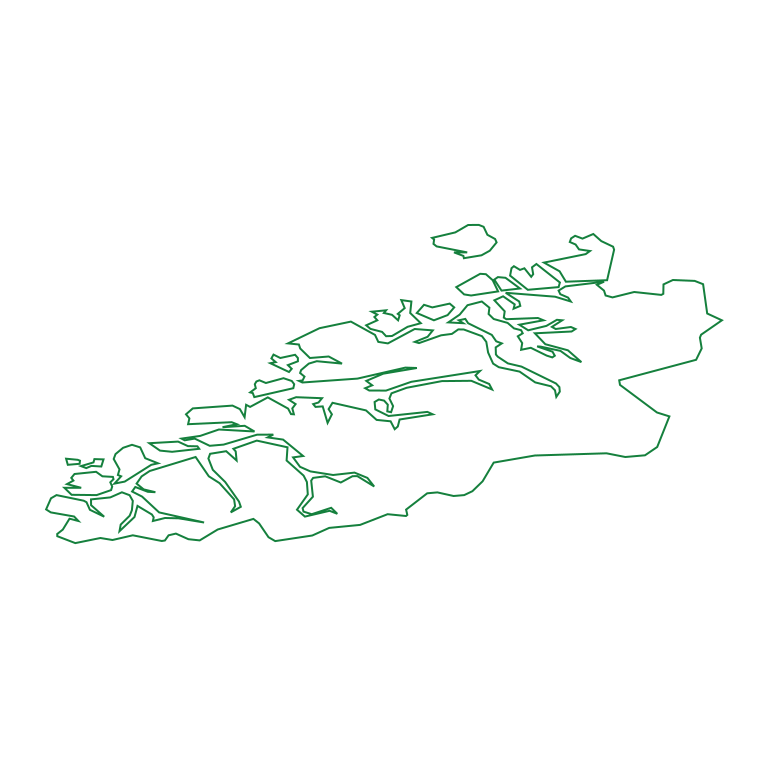 the border of Møre og Romsdal
{"feature_id": "NOR-910", "entity_name": "Møre og Romsdal", "entity_type": "County", "adm_level": 1, "iso_a3": "NOR", "parent_name": "Norway", "parent_adm1": "", "projection": "robinson", "projection_center": [7.305, 62.718], "detail": "fine", "context": "isolated", "style": "outline", "palette": "green", "viewbox_px": 768, "rotation_deg": 0, "n_neighbors": 0, "source": "natural_earth", "source_scale": "10m", "svg_char_len": 6103}
<svg xmlns="http://www.w3.org/2000/svg" viewBox="0 0 768 768"><path d="M57.2,534.0L62.8,529.6L69.5,518.7L78.4,521.0L74.1,516.5L50.8,512.4L46.1,509.4L51.0,498.3L56.5,495.1L83.7,500.7L86.5,502.2L89.9,509.8L104.2,516.7L91.1,505.2L91.0,499.4L110.3,497.4L121.9,492.3L129.6,495.2L132.8,500.9L131.9,510.2L129.7,515.7L120.7,524.6L119.5,531.2L134.5,517.0L137.5,505.9L151.9,514.5L153.7,517.3L152.9,521.0L165.0,518.0L178.5,518.3L204.1,522.5L159.1,512.4L142.1,496.6L132.1,491.5L135.3,487.0L147.8,491.8L155.4,492.2L143.7,489.4L136.6,483.6L141.6,476.4L149.7,471.0L195.6,457.0L208.8,476.3L219.5,483.1L234.1,499.4L235.1,506.2L230.8,512.4L240.8,506.8L239.0,501.6L225.2,482.0L212.8,469.8L208.4,458.5L210.1,453.8L226.2,451.2L236.6,460.5L235.7,451.4L233.4,448.8L256.8,440.6L287.5,447.3L286.6,460.5L303.6,475.6L306.9,482.0L307.8,494.4L297.0,509.7L304.9,516.6L329.6,510.8L337.3,513.8L331.2,507.8L311.7,514.2L303.5,511.6L302.6,508.1L312.9,496.7L311.2,480.6L313.1,477.9L325.2,476.3L340.8,482.5L352.5,476.2L357.3,476.1L374.2,486.5L367.4,477.9L354.5,472.6L333.1,475.0L310.4,471.4L300.0,466.8L293.1,457.4L303.1,456.0L283.1,439.6L267.7,437.4L273.3,434.6L257.0,434.7L223.6,444.6L209.7,445.8L194.7,438.6L184.7,440.3L181.5,438.6L200.2,435.9L218.9,429.5L254.5,431.5L244.7,425.8L222.5,427.2L236.8,424.2L231.7,422.2L188.1,424.2L189.4,418.4L186.0,414.3L192.8,408.4L232.5,405.6L239.9,409.1L244.6,417.2L246.1,404.8L250.1,406.9L267.8,397.4L288.1,408.6L291.0,414.1L293.9,414.3L292.3,408.4L295.6,404.1L289.0,399.8L296.1,397.2L322.0,398.2L318.5,402.5L313.2,404.1L315.5,406.9L322.7,406.4L327.6,422.9L331.9,414.3L328.6,409.1L332.5,402.8L366.0,410.4L376.6,419.9L390.6,421.3L394.7,429.2L397.8,426.5L399.6,419.5L432.7,414.3L427.4,411.9L388.6,416.0L375.3,409.4L374.6,402.0L378.8,399.5L384.1,400.6L387.8,404.7L387.3,411.4L391.1,412.2L393.1,406.1L389.4,398.5L391.5,393.3L406.6,387.8L441.9,381.1L471.3,380.8L492.1,389.5L489.2,384.0L478.8,379.6L475.5,375.3L480.0,371.0L411.3,381.8L386.0,390.6L369.2,390.5L365.2,388.2L372.2,385.3L366.3,380.9L383.2,373.7L416.9,368.0L405.4,367.6L357.5,378.6L302.4,382.5L299.0,380.9L302.6,380.4L304.5,376.6L300.1,373.0L301.1,370.1L308.8,363.6L316.8,361.2L342.0,363.6L328.7,356.5L309.9,358.0L300.2,348.5L298.9,344.5L288.0,343.4L319.5,328.2L350.9,321.6L375.0,334.9L378.3,341.9L387.9,343.4L414.7,329.0L432.8,330.4L427.6,336.8L414.8,341.9L419.0,343.1L441.1,335.3L451.9,333.9L458.3,329.4L463.8,329.5L482.0,336.2L486.3,341.9L488.1,352.5L493.1,363.6L498.8,367.2L519.6,371.6L535.2,382.4L551.0,386.3L555.0,390.3L556.3,396.9L559.8,391.6L559.4,387.1L556.0,383.5L521.5,366.6L507.9,363.4L497.8,356.7L495.9,354.5L495.7,347.4L501.8,343.4L496.2,341.3L491.8,334.9L468.1,323.2L465.3,318.9L458.8,320.3L463.2,323.2L448.3,322.4L459.7,314.6L467.5,305.2L481.8,301.5L489.4,307.7L488.6,314.0L493.7,319.0L507.6,322.9L514.0,328.4L521.1,330.2L522.7,333.3L517.8,336.3L522.2,343.1L521.1,349.8L530.8,347.8L546.7,355.6L552.3,357.4L554.8,355.7L552.5,351.7L537.1,346.4L540.6,346.6L560.5,350.9L570.3,358.0L581.4,362.1L567.9,350.3L545.3,344.2L534.9,333.3L571.6,331.5L575.5,329.0L570.9,327.0L555.7,329.0L551.9,326.9L562.2,320.3L556.9,319.8L546.4,325.9L528.2,330.3L519.3,324.7L543.5,320.3L537.9,318.0L506.3,319.2L503.8,317.6L504.7,311.3L494.4,300.3L503.1,296.3L514.7,304.4L513.6,308.7L520.3,305.9L519.2,301.5L505.7,292.8L555.1,296.7L570.8,301.5L568.1,297.6L560.3,294.2L558.6,290.6L565.4,286.4L604.1,281.7L596.9,284.8L604.0,290.6L605.6,295.5L612.5,297.4L634.2,292.0L661.3,294.9L663.3,293.8L663.5,284.4L672.9,280.0L694.7,280.9L703.1,284.2L707.2,313.5L721.9,320.3L701.1,334.7L699.9,337.7L701.7,348.4L696.1,359.8L619.2,380.3L620.0,384.9L657.0,412.5L669.4,416.4L657.2,447.0L645.0,455.3L625.3,457.0L606.5,453.3L534.9,455.5L493.7,462.6L482.6,481.3L472.4,491.2L464.2,495.1L453.6,496.0L437.4,492.4L427.2,493.3L406.1,509.6L407.3,514.9L406.0,516.0L387.6,514.2L360.1,524.9L329.2,527.9L312.3,535.5L275.2,541.1L268.5,537.2L259.1,523.4L253.4,518.9L217.7,529.5L199.7,540.4L188.4,539.2L175.9,533.6L168.6,535.3L164.9,540.5L161.8,541.0L132.8,535.3L112.5,540.0L100.4,538.0L75.3,543.1L57.3,536.2L57.2,534.0ZM607.1,280.2L565.9,281.7L559.6,271.3L544.0,262.6L585.7,254.1L590.0,251.0L579.0,249.4L575.6,244.5L569.8,242.0L571.1,238.4L575.1,235.8L582.5,238.6L593.3,234.0L601.3,241.1L613.1,246.7L614.1,249.7L607.1,280.2ZM454.0,252.4L467.2,252.4L436.6,246.4L433.5,243.9L434.1,239.5L432.1,237.9L455.3,232.4L468.1,225.0L478.8,224.9L483.6,226.8L487.4,234.8L495.1,239.0L496.6,242.4L489.8,250.7L481.5,255.3L463.9,258.2L463.4,255.9L454.0,252.4ZM410.2,313.0L420.8,323.2L407.6,326.8L392.0,336.0L386.1,336.2L382.1,331.9L370.5,328.9L366.2,325.3L377.3,320.3L374.4,317.0L377.3,314.6L371.8,311.7L386.1,310.3L383.9,313.0L392.0,314.8L398.1,320.3L399.7,315.3L397.8,313.9L404.7,308.1L401.3,300.1L411.4,301.5L410.2,313.0ZM140.2,447.4L145.2,458.2L158.0,463.3L151.3,464.8L124.7,481.6L114.5,483.6L121.1,476.3L117.9,475.0L119.5,469.4L113.7,459.0L115.5,454.1L123.1,447.8L132.0,444.8L140.2,447.4ZM102.4,476.3L112.9,476.9L113.5,479.2L110.3,482.3L112.2,486.5L111.1,490.1L96.6,495.1L71.6,494.8L64.4,487.8L81.2,487.8L67.0,484.1L73.4,480.6L71.3,477.9L74.5,474.0L96.1,471.8L102.4,476.3ZM536.4,264.0L559.9,282.5L558.6,287.1L527.8,289.8L510.1,275.6L511.5,268.2L513.9,266.2L520.0,269.9L524.4,268.3L531.2,276.8L533.2,274.2L532.0,267.3L536.4,264.0ZM485.9,274.2L492.7,280.2L498.1,291.4L471.1,295.5L464.1,294.4L456.3,287.1L480.2,273.8L485.9,274.2ZM283.5,378.2L291.8,381.0L294.2,384.2L293.3,388.2L254.3,397.1L252.8,393.1L250.2,392.4L255.8,388.2L254.8,384.2L256.4,381.5L259.4,380.3L265.9,383.0L283.5,378.2ZM432.3,307.4L449.7,303.6L454.2,307.4L447.6,315.1L433.9,320.3L416.8,313.0L424.0,304.8L432.3,307.4ZM187.9,446.1L197.4,446.3L199.2,448.8L172.1,451.8L160.0,450.6L149.3,443.2L178.1,441.6L187.9,446.1ZM280.3,358.0L295.1,354.8L297.9,358.0L297.9,361.3L287.9,365.1L291.7,368.8L289.0,372.0L270.3,363.2L275.7,362.1L271.4,358.4L273.5,354.6L280.3,358.0ZM505.5,277.8L520.0,288.5L501.5,290.6L494.3,279.6L497.9,277.1L505.5,277.8ZM86.3,468.1L81.0,466.1L93.5,462.4L94.4,459.1L103.5,459.4L101.3,466.5L91.4,465.9L86.3,468.1ZM79.6,463.8L67.8,464.8L66.1,458.7L77.7,459.8L80.0,460.7L79.6,463.8Z" fill="none" stroke="#15803d" stroke-width="2"/></svg>